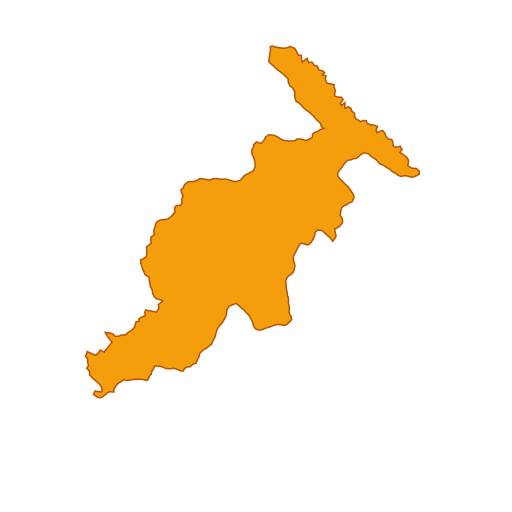 Quartel Geral, Minas Gerais, Brazil, rotated 119°
{"feature_id": "56859067B95369999276489", "entity_name": "Quartel Geral", "entity_type": "district", "adm_level": 2, "iso_a3": "BRA", "parent_name": "Brazil", "parent_adm1": "Minas Gerais", "projection": "equal_earth", "projection_center": [-45.616, -19.26], "detail": "fine", "context": "isolated", "style": "filled", "palette": "amber", "viewbox_px": 512, "rotation_deg": 119, "n_neighbors": 0, "source": "geoboundaries", "source_scale": "gbopen_adm2", "svg_char_len": 5327}
<svg xmlns="http://www.w3.org/2000/svg" viewBox="0 0 512 512"><g transform="rotate(119 256 256)"><path d="M205.9,196.0L202.9,195.6L199.8,195.6L197.3,197.8L194.3,200.3L191.9,198.6L189.2,197.2L184.5,196.5L181.4,198.7L179.4,202.4L176.7,203.2L172.0,204.5L169.0,203.2L167.1,201.4L164.6,200.5L161.9,198.2L159.4,198.4L156.9,198.8L154.8,201.1L153.3,204.0L151.8,206.6L150.6,209.9L149.8,213.3L148.7,216.8L147.8,219.9L146.6,222.7L144.7,224.5L141.6,224.8L137.9,224.0L134.2,223.7L131.2,223.2L128.0,222.3L125.6,219.4L123.5,217.8L122.1,215.6L119.7,214.6L116.4,213.5L113.2,211.6L112.2,206.9L113.1,203.5L113.2,200.2L113.8,196.4L115.3,192.9L114.9,190.0L115.1,185.9L115.4,181.1L116.1,177.4L116.0,174.0L116.5,171.0L116.1,167.6L113.8,165.2L112.7,162.5L112.2,159.5L110.6,156.7L107.8,154.4L105.2,152.8L102.4,154.7L101.8,158.4L103.5,161.9L103.5,167.0L100.7,167.9L98.3,169.0L96.5,172.2L95.9,176.5L95.6,180.8L92.1,179.8L90.1,183.2L93.0,185.9L93.2,189.4L90.2,191.4L88.3,193.7L89.6,197.0L88.2,200.6L86.1,202.9L84.7,206.2L87.5,208.3L89.6,210.2L87.3,212.1L83.8,212.5L84.1,215.4L85.5,219.2L86.2,222.9L84.2,225.3L85.6,228.0L87.9,229.7L87.4,235.4L85.6,238.1L83.4,238.8L82.8,242.6L80.9,244.3L80.7,247.4L83.6,249.8L81.6,251.1L78.8,252.6L83.0,254.2L81.7,256.4L79.3,255.8L77.0,255.6L75.7,258.2L77.3,261.5L78.0,264.8L75.0,266.2L72.7,266.8L70.5,269.8L68.3,270.7L69.0,273.5L70.5,277.7L68.1,280.8L64.4,282.3L65.6,285.7L62.3,284.9L61.8,287.7L62.9,291.5L60.2,294.0L61.0,297.8L59.3,301.0L61.4,303.8L58.3,307.2L61.0,308.3L64.1,309.5L61.6,311.8L58.5,313.4L59.8,316.6L57.7,319.1L55.6,322.9L56.2,327.7L59.0,329.9L61.3,333.3L62.8,337.4L63.8,340.2L64.3,343.3L66.1,345.0L69.3,342.9L73.1,341.7L76.9,340.2L79.6,339.3L80.8,336.1L81.2,333.1L82.2,330.1L83.0,325.3L83.6,320.7L84.4,317.7L85.6,313.7L88.3,312.1L90.6,309.1L91.5,305.0L93.4,301.7L96.4,300.4L99.2,298.2L101.4,295.7L101.3,292.8L102.0,289.9L103.3,286.2L104.0,283.1L104.4,279.1L105.6,274.0L107.6,268.8L108.7,263.9L111.1,261.5L111.5,258.5L114.5,261.2L117.5,262.8L119.4,264.6L122.0,265.6L125.2,264.2L128.0,266.3L130.7,268.1L131.8,272.9L133.8,276.9L136.3,277.8L137.7,279.9L139.6,283.2L141.4,287.7L141.7,291.5L141.3,295.6L142.0,299.6L143.9,303.7L147.4,305.3L149.8,305.0L155.0,306.0L156.1,311.0L159.8,312.0L162.2,310.9L164.8,311.3L166.9,310.2L169.0,308.7L170.8,306.0L172.5,304.2L174.6,302.5L177.5,300.3L182.2,299.5L185.0,301.0L187.5,302.6L190.2,304.7L192.5,305.5L195.6,305.8L198.0,306.9L200.1,309.0L201.6,311.3L202.4,315.8L203.6,320.4L205.6,323.2L207.4,328.2L209.4,331.2L211.8,332.9L212.8,335.8L213.9,338.6L215.4,342.5L219.0,344.7L221.5,347.2L223.3,350.6L225.9,352.3L228.6,353.1L231.6,352.6L234.6,353.7L236.6,352.0L239.1,348.8L242.8,348.5L245.8,346.1L248.5,347.1L250.7,350.2L253.4,350.6L256.3,348.3L259.3,348.6L262.7,349.4L266.4,351.0L268.5,353.8L270.8,356.9L273.9,359.2L277.1,359.2L279.7,358.2L282.1,358.2L284.3,357.1L286.7,355.3L290.4,357.1L293.1,355.8L295.6,353.9L298.5,355.0L301.3,356.2L303.6,354.4L306.9,352.8L309.9,351.5L312.2,352.7L315.6,355.1L318.5,352.9L320.4,350.7L322.3,349.1L323.8,346.9L326.2,343.9L326.4,339.1L329.2,337.5L331.5,335.5L334.0,333.5L336.0,330.4L339.0,328.0L340.9,325.5L341.7,322.3L340.8,319.1L340.3,315.8L342.6,316.4L345.7,317.9L348.9,315.6L353.4,315.8L354.5,319.6L355.7,323.1L356.7,326.4L359.3,325.9L361.8,323.9L364.8,326.4L367.8,328.0L369.9,326.6L372.0,329.0L374.3,328.5L377.4,327.7L381.5,328.8L384.3,330.7L386.6,331.3L388.8,332.4L390.2,335.3L392.6,337.1L394.5,340.0L393.6,343.6L394.3,347.0L395.9,350.9L398.2,347.0L400.1,343.1L401.2,340.2L404.4,340.7L408.0,341.3L411.3,342.1L413.8,342.0L413.7,346.7L417.7,347.0L420.6,348.3L421.1,353.7L421.4,357.4L423.6,356.7L426.4,356.6L427.7,353.2L431.0,351.5L432.9,349.3L436.2,349.6L437.6,345.7L440.9,343.6L442.2,339.1L442.8,336.1L443.5,332.5L444.9,328.5L447.6,325.6L450.1,325.3L451.0,328.3L452.3,331.4L455.8,331.0L456.4,325.8L455.1,322.8L452.3,321.5L450.1,320.4L447.7,319.7L445.5,318.0L444.0,314.5L440.9,315.7L438.1,315.5L435.2,315.2L432.6,313.9L430.4,312.6L428.1,311.3L427.4,308.4L425.5,305.8L423.5,303.6L422.0,301.1L420.0,297.8L418.5,294.2L417.9,291.2L415.6,290.4L413.0,291.0L410.2,290.4L407.2,291.2L404.3,290.9L401.5,291.2L400.0,289.0L398.5,284.7L398.0,279.9L396.3,276.4L394.1,273.6L393.3,269.6L393.2,266.5L391.9,263.9L388.9,263.9L386.4,262.3L384.8,260.0L381.5,258.8L378.5,256.3L375.1,257.0L371.9,256.9L369.0,258.0L366.1,257.4L362.9,256.2L360.0,254.2L357.2,253.4L355.1,252.2L351.8,252.4L349.2,252.6L346.8,252.6L343.7,253.4L341.5,254.0L339.0,254.5L336.2,254.2L332.9,253.7L329.8,253.1L326.5,253.0L323.9,253.1L321.4,253.7L318.5,254.8L316.0,255.5L312.6,254.8L309.3,252.3L307.1,250.4L307.7,246.9L308.6,243.9L309.1,240.4L310.3,236.7L311.2,233.7L312.7,231.0L314.8,227.8L316.8,225.8L318.6,224.0L319.9,221.6L319.6,218.1L318.3,215.7L316.2,214.0L313.9,212.1L311.8,209.9L308.6,207.2L305.4,204.0L303.8,200.3L302.6,197.0L300.2,195.6L297.6,194.8L294.4,194.0L292.0,195.6L290.3,198.9L287.6,200.7L284.9,201.7L281.7,204.8L279.5,205.8L277.0,207.3L274.9,209.7L272.3,211.3L270.3,213.4L267.0,215.4L264.2,217.6L261.1,218.3L258.1,218.1L254.3,216.1L250.8,215.6L248.7,216.2L245.5,217.3L242.8,219.8L240.8,221.8L238.0,223.2L233.6,223.2L229.7,223.4L225.7,223.5L222.7,222.8L222.1,219.7L221.4,216.4L218.7,214.6L215.8,214.2L212.6,214.3L209.6,214.6L206.9,215.7L203.6,214.8L201.7,211.3L202.3,207.7L203.2,204.5L204.1,200.1L205.9,196.0Z" fill="#f59e0b" stroke="#b45309" stroke-width="1.5"/></g></svg>